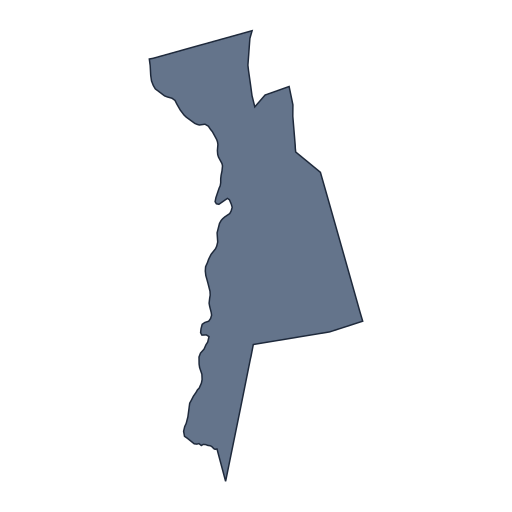 Amarante, Piauí, Brazil
{"feature_id": "56859067B92576717427769", "entity_name": "Amarante", "entity_type": "district", "adm_level": 2, "iso_a3": "BRA", "parent_name": "Brazil", "parent_adm1": "Piauí", "projection": "equal_earth", "projection_center": [-42.852, -6.403], "detail": "fine", "context": "isolated", "style": "filled", "palette": "slate", "viewbox_px": 512, "rotation_deg": 0, "n_neighbors": 0, "source": "geoboundaries", "source_scale": "gbopen_adm2", "svg_char_len": 1909}
<svg xmlns="http://www.w3.org/2000/svg" viewBox="0 0 512 512"><path d="M184.5,436.3L187.1,438.1L194.2,443.8L196.8,444.1L199.0,443.6L201.3,445.5L203.2,444.4L205.8,444.6L207.7,445.4L210.5,445.8L212.3,447.0L213.7,448.6L215.1,449.3L217.0,449.0L225.6,481.3L240.6,407.7L250.4,358.9L251.0,356.4L253.3,344.5L299.8,336.8L329.6,331.9L362.7,321.2L359.8,311.4L357.0,301.4L341.8,247.6L327.0,195.4L320.4,172.3L295.7,152.0L295.3,148.1L295.2,145.4L294.7,139.2L294.3,134.3L292.8,116.3L292.9,104.8L289.1,86.5L281.8,89.1L265.1,95.0L254.8,106.9L252.0,95.6L250.5,84.5L248.5,70.5L247.9,65.2L248.6,55.8L249.2,47.5L249.9,38.4L252.1,30.7L198.9,45.5L188.5,48.4L153.1,58.3L149.3,59.0L150.2,65.7L150.7,75.2L151.5,80.9L153.3,85.5L155.3,88.9L164.6,95.9L167.5,97.0L171.9,98.2L175.0,100.4L176.8,104.0L178.8,107.5L180.3,110.1L184.0,115.0L186.3,117.2L194.8,123.4L197.2,124.4L199.3,125.0L205.0,124.2L208.4,126.2L209.7,128.2L210.9,129.9L212.4,131.7L214.1,134.8L216.7,139.6L217.5,141.9L217.9,144.5L217.4,150.6L217.7,154.5L218.5,157.1L222.0,163.6L222.5,165.9L222.0,170.9L221.1,175.3L220.7,178.8L220.7,182.8L220.2,185.8L219.1,188.2L215.9,197.7L215.1,201.7L216.4,203.8L218.9,204.3L227.4,198.4L229.4,199.7L231.3,204.2L232.2,207.3L231.1,211.1L229.7,213.6L224.9,216.8L222.6,218.8L221.2,220.4L219.5,223.4L217.1,232.8L217.7,242.1L216.7,246.2L215.5,248.8L211.1,254.3L208.6,259.3L207.5,262.5L205.6,266.7L205.3,271.1L205.8,275.5L206.8,279.0L208.0,283.4L210.0,291.3L210.2,295.1L209.7,298.0L209.1,303.2L209.6,306.1L211.2,312.4L211.6,315.2L210.6,318.5L208.7,321.2L204.8,322.5L202.2,324.3L201.0,328.9L200.6,332.7L201.9,335.1L206.3,334.9L209.0,336.6L207.7,342.1L206.0,344.7L204.0,349.2L200.5,353.1L199.0,357.0L199.1,364.1L199.6,367.5L201.9,374.3L202.1,379.6L201.4,383.1L199.2,388.1L197.5,389.8L196.1,392.3L193.4,396.2L191.2,400.5L189.7,403.2L187.9,416.8L186.2,423.4L184.7,426.6L183.6,431.3L184.5,436.3Z" fill="#64748b" stroke="#1e293b" stroke-width="1.5"/></svg>